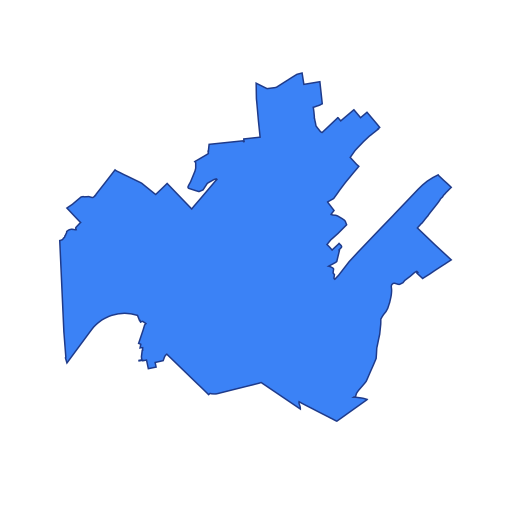 Ovidiu, Constanta, Romania, rotated 172°
{"feature_id": "2599482B69987061375361", "entity_name": "Ovidiu", "entity_type": "district", "adm_level": 2, "iso_a3": "ROU", "parent_name": "Romania", "parent_adm1": "Constanta", "projection": "orthographic", "projection_center": [28.5, 44.253], "detail": "fine", "context": "isolated", "style": "filled", "palette": "blue", "viewbox_px": 512, "rotation_deg": 172, "n_neighbors": 0, "source": "geoboundaries", "source_scale": "gbopen_adm2", "svg_char_len": 5848}
<svg xmlns="http://www.w3.org/2000/svg" viewBox="0 0 512 512"><g transform="rotate(172 256 256)"><path d="M127.1,200.1L126.7,201.9L126.4,203.7L126.3,206.8L126.2,207.4L125.9,208.1L125.6,208.7L124.8,209.3L124.2,209.7L123.4,209.8L123.0,209.8L122.4,209.7L120.9,209.0L119.4,208.3L118.5,208.0L117.8,207.9L114.2,209.1L112.1,211.1L106.0,214.5L101.4,217.5L99.3,218.4L98.9,218.4L98.6,218.1L98.0,217.3L99.1,216.8L99.1,216.7L94.1,210.5L93.0,211.1L92.7,211.2L86.2,214.1L80.6,216.9L63.2,225.0L77.4,242.4L92.3,261.3L91.3,262.2L89.3,263.8L88.4,264.6L88.0,265.0L87.7,265.1L87.4,265.2L85.3,267.1L83.6,268.8L81.2,271.0L80.1,271.9L79.5,272.7L77.2,275.0L71.8,280.1L70.7,281.2L70.1,281.7L68.6,283.2L67.7,284.1L66.9,285.0L66.2,285.7L65.6,286.6L65.3,286.9L64.2,287.8L63.8,288.0L63.1,288.5L62.2,289.6L62.0,289.8L61.8,290.0L61.2,290.6L60.3,291.2L59.8,291.6L59.6,291.8L59.3,292.1L59.0,292.4L57.6,293.4L56.7,294.1L54.5,295.8L53.1,296.8L53.6,297.5L56.4,301.0L59.6,304.8L61.5,307.2L64.0,310.3L64.3,311.0L69.8,309.1L76.0,306.3L81.1,303.2L86.2,299.5L98.2,290.0L112.4,278.8L114.6,277.0L128.6,266.1L131.1,264.1L154.3,245.8L160.9,240.4L164.5,237.5L176.9,225.4L181.2,222.0L181.7,222.6L181.9,223.2L180.9,226.7L181.8,228.0L182.0,228.5L181.4,230.9L181.0,232.1L181.0,232.5L181.3,233.0L181.7,233.5L183.6,234.9L184.5,235.4L185.5,235.8L178.0,238.6L176.8,239.3L172.6,249.9L173.0,250.4L170.5,252.4L170.1,252.8L169.9,253.5L170.2,254.5L172.0,256.9L172.7,256.3L178.9,252.0L179.8,251.3L181.8,254.4L184.1,257.5L179.7,261.6L177.5,263.0L171.7,266.9L161.9,274.3L162.6,277.3L162.8,278.1L163.6,279.3L165.7,281.2L166.7,282.0L169.6,284.3L171.3,285.2L174.0,285.8L175.9,286.7L175.9,286.8L173.3,289.3L172.4,290.2L177.6,299.4L177.6,299.6L171.3,302.0L171.0,302.2L168.6,304.7L167.5,305.8L163.7,309.9L159.6,314.0L158.3,315.3L156.0,317.5L152.8,320.4L152.1,321.0L151.3,321.8L150.5,322.5L150.3,322.7L148.0,324.8L143.4,328.9L141.7,330.5L143.6,332.7L149.0,340.5L143.2,346.7L140.0,349.3L136.4,352.1L133.5,354.4L129.8,357.0L127.0,359.0L125.3,359.9L123.0,361.3L120.9,362.5L118.9,363.7L117.3,364.6L117.5,364.9L116.3,365.6L115.6,366.1L118.0,370.1L126.1,382.9L133.2,378.4L138.7,387.2L138.9,387.1L153.3,378.0L155.5,381.5L155.9,381.6L156.1,381.3L173.3,369.1L173.5,369.2L173.9,369.3L174.5,369.9L174.8,370.2L175.0,370.4L176.4,372.8L177.2,374.1L178.5,376.5L178.6,379.4L178.8,381.6L178.9,384.0L179.1,384.3L179.1,384.8L178.9,385.1L178.8,386.4L178.6,390.8L178.6,395.3L178.1,395.3L175.7,395.8L175.0,396.0L174.0,396.1L171.7,396.6L170.9,396.9L170.3,397.2L169.2,397.5L168.5,419.7L184.7,419.3L184.9,430.8L190.2,430.2L195.7,427.8L212.4,420.2L212.8,420.2L213.8,420.1L221.4,420.2L221.7,420.2L221.9,420.3L225.4,422.7L231.8,427.1L233.7,411.7L233.8,409.7L233.8,408.7L234.4,397.0L234.8,389.4L235.4,373.1L251.8,373.6L251.9,372.4L251.9,371.8L251.8,371.0L252.1,370.8L253.3,371.9L253.7,371.9L286.9,373.1L288.3,367.6L288.4,367.2L288.4,366.7L288.5,366.4L288.9,366.4L288.9,364.1L290.1,363.5L295.2,361.4L303.1,358.2L303.5,358.0L303.2,357.6L302.9,357.2L302.8,356.9L302.8,356.3L303.5,351.3L304.6,348.6L307.8,343.1L310.5,338.5L312.7,335.6L313.4,334.5L313.7,334.0L313.8,333.5L313.7,333.1L313.5,332.6L313.1,332.3L307.0,329.3L303.7,327.8L303.5,327.7L299.3,328.8L299.1,329.0L296.4,332.1L294.1,334.7L291.8,335.7L286.9,337.6L284.6,337.9L284.0,337.3L284.0,337.2L285.4,336.2L305.3,318.5L310.8,313.7L313.1,311.5L333.9,340.2L339.9,335.8L345.2,332.0L346.8,330.9L347.2,331.3L348.2,332.3L356.6,341.3L358.9,343.8L359.9,344.6L362.9,346.6L372.7,353.2L374.9,354.6L376.5,355.7L378.9,357.4L381.5,359.1L383.1,360.3L383.6,360.9L383.9,360.6L395.7,349.1L405.8,339.4L406.6,338.2L407.0,338.3L407.6,337.6L408.7,336.9L409.2,336.7L409.7,336.7L410.1,336.7L410.5,336.9L411.5,337.3L412.6,337.8L413.7,338.2L414.7,338.2L418.0,338.5L418.6,338.8L418.9,338.9L421.0,338.8L430.1,333.1L430.3,332.9L434.0,331.1L436.6,329.8L433.2,325.0L426.6,315.7L425.0,313.6L425.5,313.3L430.1,309.6L430.5,309.2L430.4,309.0L430.7,308.3L430.4,307.1L431.1,307.1L431.6,307.2L432.5,307.5L433.0,307.7L433.5,307.8L433.8,307.8L434.0,308.0L434.3,308.1L435.1,308.2L437.3,308.0L438.5,307.5L440.0,306.7L440.5,305.0L440.6,304.9L441.1,304.3L441.3,304.1L441.6,303.6L441.6,303.3L441.8,303.0L442.3,302.7L442.6,302.2L442.6,301.8L442.7,301.6L443.2,301.0L443.6,300.8L443.8,300.6L444.0,300.6L444.2,300.4L444.4,300.2L444.7,299.8L445.1,299.4L445.8,299.0L446.5,298.9L447.2,298.7L447.7,298.6L448.2,298.6L456.8,207.8L458.4,182.2L458.9,181.7L458.1,176.4L452.6,182.0L447.8,186.9L430.9,204.1L428.9,206.1L426.6,208.3L424.5,209.9L422.3,211.4L419.0,213.3L417.5,214.1L416.0,214.7L414.1,215.4L410.0,216.7L407.2,217.3L400.7,217.9L394.1,217.6L387.7,216.1L381.6,213.7L380.3,208.2L379.8,208.3L379.5,206.6L378.3,207.0L378.0,207.1L377.7,207.1L377.4,207.0L377.1,206.9L376.9,206.7L375.6,205.5L374.4,204.4L375.9,203.2L378.1,198.4L384.4,185.8L382.4,184.7L382.4,184.4L383.3,182.0L383.6,181.1L382.8,181.2L381.0,181.0L381.4,178.4L381.8,178.4L383.5,172.1L383.5,169.1L386.4,168.9L386.4,168.4L382.6,168.5L382.6,168.0L378.9,168.2L378.8,166.9L378.3,159.4L370.4,159.9L370.7,164.6L362.5,165.3L360.5,169.0L359.5,170.2L358.0,171.2L331.8,137.6L327.9,132.7L322.2,125.3L321.2,126.0L320.9,126.2L320.6,126.3L319.0,125.7L318.7,125.6L317.9,125.5L316.5,125.2L314.7,125.0L313.0,125.1L296.4,126.9L270.8,129.6L268.5,130.0L233.4,98.3L233.3,99.0L233.3,100.4L233.4,101.4L233.7,102.9L233.9,104.3L233.8,104.9L233.6,105.7L231.4,104.0L226.2,100.3L221.9,97.3L217.7,94.3L213.0,91.0L199.4,81.4L198.9,81.2L166.2,98.2L165.9,98.5L169.2,100.0L171.6,100.8L176.3,102.1L178.0,102.5L178.9,102.6L178.5,102.8L177.2,102.6L175.6,106.0L174.5,107.3L172.8,109.0L167.3,113.8L165.4,115.5L164.3,116.6L162.9,118.8L159.2,124.9L154.9,131.8L151.3,137.8L150.4,142.0L149.2,148.1L148.3,150.5L146.2,156.4L144.4,161.3L142.0,171.0L141.6,173.3L141.2,176.1L139.4,178.5L137.8,180.3L135.0,182.9L132.8,185.9L130.1,191.4L128.3,196.1L127.5,198.5L127.1,200.1Z" fill="#3b82f6" stroke="#1e3a8a" stroke-width="1.5"/></g></svg>